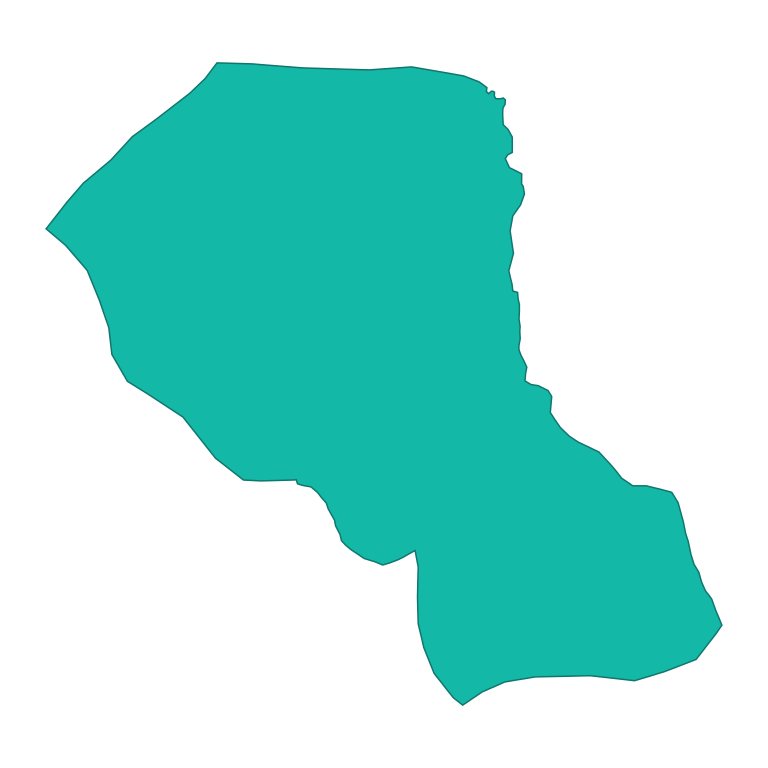 outline of Puncak Jaya, Papua, Indonesia
{"feature_id": "22746128B50358350022934", "entity_name": "Puncak Jaya", "entity_type": "district", "adm_level": 2, "iso_a3": "IDN", "parent_name": "Indonesia", "parent_adm1": "Papua", "projection": "natural_earth1", "projection_center": [137.994, -3.489], "detail": "fine", "context": "isolated", "style": "filled", "palette": "teal", "viewbox_px": 768, "rotation_deg": 0, "n_neighbors": 0, "source": "geoboundaries", "source_scale": "gbopen_adm2", "svg_char_len": 2848}
<svg xmlns="http://www.w3.org/2000/svg" viewBox="0 0 768 768"><path d="M721.9,625.2L718.6,617.1L715.7,610.3L713.2,603.2L711.7,599.1L709.5,596.0L708.4,594.6L705.5,590.9L702.8,584.9L701.6,582.1L700.4,577.9L699.5,574.6L698.9,572.4L694.8,565.6L694.0,564.2L693.2,561.7L692.6,559.8L692.0,557.7L691.1,554.9L690.9,554.5L690.7,553.2L689.4,546.9L688.3,541.9L688.3,541.6L687.3,538.6L685.6,533.4L685.5,532.8L684.2,526.2L683.4,522.2L682.7,519.4L682.3,518.1L678.1,502.7L673.1,494.5L671.7,492.3L670.6,492.0L660.6,489.3L650.6,486.9L648.6,486.4L646.8,485.9L646.4,485.8L645.4,485.8L644.3,485.8L644.2,485.8L643.6,485.8L636.2,485.8L633.9,485.8L632.8,485.8L621.6,478.2L618.5,474.2L616.3,471.3L613.8,468.3L609.1,462.9L605.3,458.9L598.9,452.0L596.2,450.7L593.2,449.3L588.6,447.0L586.6,446.1L584.9,445.3L577.9,441.9L571.7,437.8L569.1,436.0L564.0,431.1L560.4,427.6L554.6,419.2L550.3,412.5L551.7,396.5L548.1,390.6L538.7,385.9L537.9,385.6L531.1,384.6L525.0,380.9L525.6,373.6L525.7,372.8L526.8,367.2L524.2,361.5L521.1,355.5L519.0,350.0L518.9,346.9L518.9,345.8L520.2,338.8L519.8,331.2L520.1,326.4L519.0,319.0L519.4,311.5L519.4,304.6L518.1,298.8L517.6,292.4L512.8,291.0L512.3,286.4L512.0,284.0L510.4,277.7L508.7,270.1L509.2,269.4L513.5,253.1L513.2,251.6L510.4,232.7L510.1,231.0L512.8,215.9L520.6,204.8L520.6,204.7L524.4,194.2L524.4,193.7L523.2,186.3L521.6,184.1L521.7,173.8L509.4,167.6L505.3,158.6L507.7,154.8L512.3,152.4L512.3,144.7L512.3,137.1L508.1,129.5L503.2,124.7L502.7,115.0L502.7,111.7L503.0,108.0L505.1,104.1L505.3,99.8L503.2,98.0L499.8,98.9L495.6,98.6L494.3,95.8L494.5,92.2L492.9,91.2L491.4,91.2L488.7,93.7L486.4,91.5L486.9,87.6L479.2,81.9L463.6,75.9L452.2,73.9L425.0,69.2L411.7,66.9L369.3,69.9L343.9,69.2L341.5,69.1L302.6,67.9L264.4,64.9L252.4,63.9L225.4,63.1L217.0,62.9L205.1,78.6L190.0,93.1L165.2,112.3L156.1,119.3L132.3,136.7L110.9,160.0L107.5,162.9L83.3,183.2L67.0,202.1L46.1,228.8L65.6,245.3L87.2,270.4L99.6,300.8L103.2,311.4L108.8,327.6L111.9,354.5L115.8,361.2L127.4,381.3L147.5,393.8L183.0,417.1L215.5,458.2L217.7,459.9L243.4,480.0L260.8,480.9L294.0,480.0L296.2,479.7L297.5,483.8L302.6,485.4L311.0,486.9L317.6,492.5L321.1,497.1L326.4,503.2L328.2,508.9L334.5,520.1L335.6,525.8L340.1,534.7L341.5,540.7L345.6,545.1L350.9,549.6L356.5,553.3L364.2,558.5L375.0,561.8L382.7,565.0L389.4,563.0L398.1,559.7L403.0,557.3L410.0,553.3L415.1,550.5L418.2,567.0L417.7,587.5L417.5,597.3L417.7,605.5L418.0,616.2L418.2,623.8L420.6,633.9L421.9,639.3L423.8,647.6L434.1,673.3L435.7,675.4L439.5,680.2L442.6,684.1L446.6,689.3L453.5,697.9L462.7,705.1L480.9,692.8L482.0,692.0L504.7,682.0L516.9,679.9L525.1,678.6L535.0,676.9L563.8,676.3L590.1,675.7L604.8,677.3L619.8,679.0L634.5,680.7L649.6,676.2L657.3,673.8L663.7,671.9L669.0,669.9L677.6,666.6L696.1,659.4L702.5,651.2L710.6,640.7L715.5,634.4L716.5,633.1L718.7,629.8L721.9,625.2Z" fill="#14b8a6" stroke="#0f766e" stroke-width="1.5"/></svg>